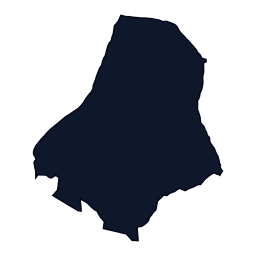 Uhunmwonde, Edo, Nigeria (Mercator projection)
{"feature_id": "59680162B15998169506024", "entity_name": "Uhunmwonde", "entity_type": "district", "adm_level": 2, "iso_a3": "NGA", "parent_name": "Nigeria", "parent_adm1": "Edo", "projection": "mercator", "projection_center": [5.917, 6.501], "detail": "fine", "context": "isolated", "style": "filled", "palette": "ink", "viewbox_px": 256, "rotation_deg": 0, "n_neighbors": 0, "source": "geoboundaries", "source_scale": "gbopen_adm2", "svg_char_len": 2842}
<svg xmlns="http://www.w3.org/2000/svg" viewBox="0 0 256 256"><path d="M120.9,15.4L118.4,21.0L116.9,23.0L114.5,25.8L113.2,34.2L112.2,36.7L111.2,40.9L109.5,42.7L108.1,45.5L107.1,48.7L106.4,51.5L105.4,55.5L103.7,58.3L103.4,59.5L102.6,61.2L101.9,64.8L99.5,68.5L97.4,74.1L96.7,75.9L95.4,80.1L93.3,85.5L93.0,88.7L91.3,91.9L88.5,95.1L85.5,99.3L83.1,103.2L81.4,105.3L78.3,108.5L76.2,109.9L75.6,110.3L72.8,112.1L69.4,114.5L65.7,116.7L63.6,118.5L61.6,120.2L51.7,128.3L50.8,129.1L48.6,131.1L44.5,135.7L42.2,138.2L40.4,140.2L39.4,141.4L38.1,143.1L37.0,144.6L35.7,146.0L35.0,147.7L34.3,149.1L33.6,151.6L33.6,153.4L33.7,154.4L34.3,155.5L35.4,157.2L36.0,159.3L35.6,160.3L34.7,161.0L34.0,162.5L34.4,164.2L34.7,166.3L35.1,168.4L35.8,171.1L35.8,172.0L35.8,177.7L37.9,174.8L46.1,175.0L46.9,175.6L49.2,177.3L51.1,178.0L55.8,175.2L56.5,176.0L57.1,175.9L57.4,176.1L58.1,177.0L58.6,177.4L59.0,177.7L58.8,180.7L58.7,181.2L58.1,186.7L57.7,188.6L58.7,188.8L53.5,194.8L52.9,195.5L62.5,201.3L78.0,210.6L81.1,211.1L80.8,205.2L80.6,203.5L80.2,201.2L80.6,198.6L82.2,200.0L87.0,202.6L91.3,206.9L93.0,208.4L95.3,210.2L97.0,210.9L98.3,213.4L99.3,215.2L100.9,217.7L102.6,219.5L103.6,220.9L104.9,222.3L104.1,223.2L103.4,228.5L126.4,233.9L132.1,240.3L138.1,240.6L137.3,230.5L137.2,226.9L139.5,226.6L141.3,226.4L144.0,224.8L147.4,222.0L148.7,220.0L149.5,217.3L151.6,214.9L152.9,212.8L155.3,210.4L155.7,210.1L156.1,208.5L157.4,201.2L160.4,198.3L161.7,197.1L163.8,195.0L166.9,195.5L169.7,193.2L174.5,191.5L179.2,188.2L185.1,190.6L189.4,188.3L193.1,187.0L197.8,184.6L200.7,184.4L202.9,181.5L204.8,179.3L208.7,176.0L212.9,173.2L214.0,173.0L215.3,173.3L217.2,174.3L218.6,174.5L219.9,175.3L220.4,174.1L221.1,173.4L221.3,172.9L221.4,172.4L221.8,172.2L221.8,171.8L222.1,171.5L222.4,171.0L221.7,170.3L221.1,169.1L220.0,166.7L220.0,166.3L220.1,165.2L220.4,165.2L220.2,164.3L219.7,164.6L219.3,163.2L219.3,161.8L218.6,159.0L217.5,155.5L216.1,153.4L215.1,150.6L214.1,148.1L212.7,146.5L211.9,145.1L210.0,142.4L209.9,142.3L209.9,142.2L209.6,139.0L209.2,137.3L207.5,135.6L206.8,133.8L206.5,132.4L205.8,131.0L204.8,129.3L204.1,126.8L201.9,124.3L200.8,123.3L200.6,122.0L199.9,116.7L198.9,113.5L197.5,109.7L197.5,107.6L197.5,104.4L197.5,102.7L197.5,100.5L198.5,99.1L199.5,96.3L199.9,93.5L200.9,91.0L201.9,88.6L202.6,84.7L202.9,82.2L202.6,77.7L202.9,75.2L203.1,74.3L203.6,72.4L203.6,67.8L203.5,65.7L203.5,64.0L203.4,63.0L206.1,61.7L205.9,59.4L202.0,58.5L200.1,54.9L198.2,53.0L197.3,52.1L196.6,50.3L194.6,47.9L192.9,45.8L191.3,44.3L191.2,44.1L189.8,42.3L188.1,40.6L186.0,38.5L184.3,36.4L182.6,34.7L180.2,32.2L179.5,31.5L179.1,30.5L176.7,26.3L174.5,24.4L170.4,22.7L168.0,22.0L166.3,21.3L163.0,21.7L159.6,20.3L157.2,19.7L154.1,19.2L151.7,18.7L147.2,18.3L144.5,18.0L141.4,18.1L137.7,17.7L133.3,17.3L132.4,17.2L129.5,16.7L126.4,16.7L120.9,15.4Z" fill="#0f172a" stroke="#020617" stroke-width="1.5"/></svg>